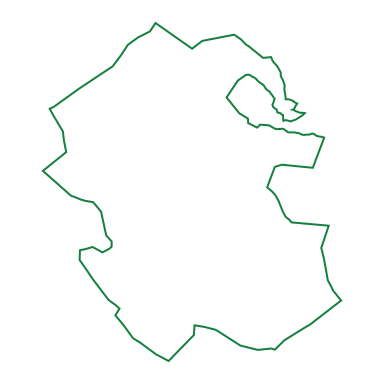 Ijero, Ekiti, Nigeria
{"feature_id": "59680162B51712615582520", "entity_name": "Ijero", "entity_type": "district", "adm_level": 2, "iso_a3": "NGA", "parent_name": "Nigeria", "parent_adm1": "Ekiti", "projection": "mercator", "projection_center": [5.082, 7.845], "detail": "fine", "context": "isolated", "style": "outline", "palette": "green", "viewbox_px": 384, "rotation_deg": 0, "n_neighbors": 0, "source": "geoboundaries", "source_scale": "gbopen_adm2", "svg_char_len": 2783}
<svg xmlns="http://www.w3.org/2000/svg" viewBox="0 0 384 384"><path d="M49.7,108.8L53.4,115.5L62.9,131.5L63.9,140.2L66.2,152.1L42.9,170.9L71.1,195.8L74.1,196.8L81.0,199.6L85.2,200.8L93.1,202.2L96.2,205.7L101.1,211.8L106.2,235.4L111.6,241.4L111.7,244.5L111.5,246.9L109.4,248.7L102.5,252.4L92.6,247.0L85.9,249.0L80.0,250.2L79.6,259.9L86.7,270.1L93.2,279.7L108.5,299.9L116.0,305.4L119.5,308.6L115.4,315.4L123.6,325.2L133.0,338.2L140.3,342.7L156.1,354.4L168.6,361.0L193.9,335.0L194.5,325.3L204.3,326.9L215.9,329.9L240.5,345.6L257.9,349.9L271.3,348.5L274.8,349.7L284.6,340.1L306.4,326.6L309.3,325.1L341.1,300.5L333.1,290.6L331.4,287.0L327.8,280.2L326.1,270.5L324.0,259.0L321.3,247.9L328.7,225.7L291.5,222.4L289.8,220.2L285.7,216.8L282.9,211.8L278.5,200.8L275.4,195.2L272.0,191.4L267.2,187.4L269.7,180.5L269.8,180.2L274.9,166.9L281.7,164.7L312.8,167.8L313.0,167.3L324.2,137.6L323.4,137.3L322.4,137.1L321.7,136.8L321.3,136.7L321.0,136.7L320.5,136.7L320.0,136.7L319.3,136.5L317.7,136.1L317.1,135.9L316.4,135.8L316.2,135.6L315.5,135.0L314.9,134.6L314.4,134.4L313.4,133.7L312.3,133.6L311.6,133.8L310.6,134.2L309.5,134.5L309.0,134.6L308.1,134.6L305.9,134.7L304.7,134.9L303.0,134.8L301.8,134.6L301.1,134.3L299.6,133.4L298.4,133.1L297.0,132.9L295.4,132.6L294.0,132.4L293.2,132.3L291.2,132.4L289.3,132.4L287.9,132.2L287.5,131.9L283.6,129.0L282.2,128.7L280.0,129.0L278.5,129.0L276.9,129.2L275.7,129.1L269.2,125.4L263.5,124.9L260.0,124.7L257.2,127.6L248.2,123.1L247.9,118.5L247.7,118.4L239.3,113.3L226.6,97.5L237.8,80.6L246.0,74.9L247.0,74.8L247.8,74.7L248.8,74.7L250.8,75.6L251.7,76.3L252.4,76.7L253.1,76.9L253.3,77.2L253.6,77.3L254.1,77.6L254.5,77.7L255.2,78.3L256.2,79.0L257.2,80.3L259.5,82.4L260.3,83.0L262.5,84.2L263.1,84.9L263.6,85.2L264.1,86.0L265.1,87.6L265.8,88.8L266.3,89.1L267.5,90.3L269.3,91.4L270.2,92.6L271.1,94.0L272.0,94.8L272.5,95.9L274.7,98.7L274.3,99.6L273.6,102.0L272.4,104.9L273.4,107.2L274.5,108.2L276.6,109.5L276.8,110.6L277.3,111.5L277.3,112.3L278.0,112.6L278.8,112.9L279.7,112.9L280.3,113.2L280.9,113.7L282.4,115.0L283.0,115.1L283.2,118.3L283.4,120.8L285.8,120.1L290.7,121.4L296.1,119.4L302.1,115.6L304.9,113.1L304.4,112.9L303.4,113.0L302.8,112.9L300.8,112.7L300.0,112.8L299.2,112.5L297.2,111.7L295.7,111.2L294.0,110.0L292.6,109.7L293.7,109.2L294.5,108.2L295.4,106.2L297.2,103.6L293.5,101.6L293.6,101.3L293.0,100.9L289.9,99.6L289.2,99.4L285.6,99.2L285.7,98.1L285.0,93.0L284.3,89.8L284.7,85.1L284.0,83.6L283.2,80.8L281.3,77.2L280.7,75.4L280.7,72.4L279.3,69.9L277.3,66.2L274.9,63.6L273.6,62.3L272.5,60.6L271.1,57.1L263.1,57.9L248.4,46.0L246.3,44.9L241.0,39.4L234.2,34.7L202.2,40.9L192.1,48.7L155.5,23.0L150.0,31.4L137.9,37.5L128.0,44.7L126.7,46.6L121.4,54.7L112.6,66.4L94.9,78.1L89.4,81.8L79.0,88.7L53.6,107.0L49.7,108.8Z" fill="none" stroke="#15803d" stroke-width="2"/></svg>